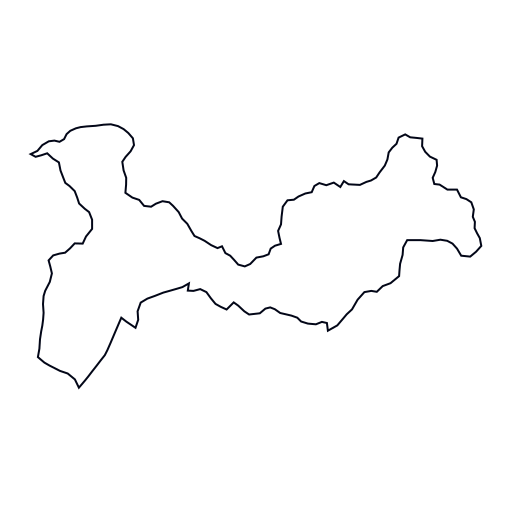 Dias d'Ávila, Bahia, Brazil (Robinson projection)
{"feature_id": "56859067B71417853193151", "entity_name": "Dias d'Ávila", "entity_type": "district", "adm_level": 2, "iso_a3": "BRA", "parent_name": "Brazil", "parent_adm1": "Bahia", "projection": "robinson", "projection_center": [-38.284, -12.606], "detail": "fine", "context": "isolated", "style": "outline", "palette": "ink", "viewbox_px": 512, "rotation_deg": 0, "n_neighbors": 0, "source": "geoboundaries", "source_scale": "gbopen_adm2", "svg_char_len": 2803}
<svg xmlns="http://www.w3.org/2000/svg" viewBox="0 0 512 512"><path d="M343.9,181.1L340.3,187.0L333.8,182.6L326.3,185.2L319.3,183.1L314.4,186.0L311.7,192.2L305.3,193.5L298.5,196.5L293.9,199.7L287.5,200.3L282.8,206.7L281.6,216.5L281.0,224.4L278.1,230.9L279.5,237.8L281.0,243.9L275.0,245.7L270.7,248.6L268.6,254.3L263.3,256.3L256.4,257.6L250.2,264.0L244.8,266.4L238.2,264.6L234.1,259.9L230.2,255.7L225.4,253.1L222.0,246.3L217.5,248.1L211.1,245.1L204.6,240.8L199.7,238.3L194.5,236.0L191.4,231.0L187.3,223.8L182.1,218.6L178.7,212.1L173.0,205.8L169.2,202.3L162.5,201.2L155.9,203.7L151.1,206.7L144.1,205.9L139.2,199.9L132.4,197.6L125.4,192.8L126.1,184.6L126.2,177.8L123.6,170.4L122.3,161.8L125.6,156.9L130.6,151.3L134.0,145.1L132.9,138.3L128.3,133.0L123.6,129.1L118.0,126.1L110.9,124.3L103.6,124.7L95.7,125.8L86.8,126.4L80.6,127.1L75.9,128.3L70.3,130.8L66.6,134.1L64.1,139.1L59.5,141.8L54.4,140.6L48.8,141.3L42.3,145.1L37.4,150.9L30.7,154.1L35.6,156.8L41.2,155.3L47.2,153.3L52.9,158.6L58.9,162.4L60.5,170.5L63.3,177.8L65.3,182.9L69.5,186.0L74.7,191.1L77.2,197.6L79.1,203.5L84.8,208.8L89.1,212.1L92.1,219.7L92.1,228.9L86.0,236.5L82.7,243.6L74.7,243.4L70.0,248.4L65.1,252.7L59.5,253.6L53.2,255.4L48.6,260.4L50.3,266.6L51.9,273.4L49.8,281.9L45.2,290.8L43.6,296.0L43.0,304.1L43.6,312.8L43.1,319.6L42.3,325.7L41.2,331.3L40.0,339.3L39.4,348.7L37.9,357.1L44.4,362.6L49.6,365.6L60.0,370.9L67.7,373.5L74.9,379.4L78.9,387.7L85.1,380.4L88.4,376.3L92.3,371.2L96.7,365.6L100.6,360.5L104.8,355.2L107.3,350.3L110.6,342.8L115.1,332.2L121.3,317.7L126.3,321.6L135.5,327.8L138.2,319.8L137.6,311.3L140.7,302.6L147.4,298.6L154.9,295.9L163.3,292.6L169.4,290.9L176.7,288.8L182.4,287.1L188.9,283.4L187.8,290.6L193.5,290.9L200.2,289.1L206.4,292.1L210.9,298.3L215.5,303.9L220.7,306.8L226.6,309.5L233.7,302.4L238.2,305.6L244.3,311.3L249.1,314.5L259.8,313.3L265.4,308.6L270.2,307.4L274.8,309.2L280.2,313.0L286.7,314.5L291.4,315.6L297.3,317.7L301.1,321.5L307.9,323.6L315.9,324.3L321.9,321.9L326.9,323.0L327.9,330.7L337.3,325.4L343.1,318.6L346.7,314.3L352.0,309.4L357.6,299.7L364.4,292.1L371.3,290.9L376.8,291.8L382.7,286.1L390.5,283.2L399.1,276.1L399.5,270.4L400.1,263.8L402.6,254.9L403.2,247.4L407.2,240.1L420.1,240.1L432.7,241.0L440.4,239.7L447.2,240.8L452.5,243.6L457.0,248.6L461.2,255.7L470.2,256.6L476.1,251.7L481.3,245.9L479.8,238.1L477.1,233.3L474.6,228.2L474.9,221.8L472.8,216.8L473.8,209.4L471.3,202.3L466.4,199.1L460.9,197.3L457.0,189.6L447.4,189.6L439.6,184.6L434.3,184.0L432.7,177.8L435.3,172.0L437.1,165.6L436.6,159.8L429.9,156.6L425.2,151.8L422.1,146.2L422.4,138.6L416.3,137.9L410.2,137.3L405.2,134.4L398.6,137.6L396.5,143.8L392.3,147.7L388.7,152.4L387.4,159.5L384.8,165.6L379.6,172.4L376.2,177.5L371.0,180.5L366.4,181.9L359.9,184.9L354.2,184.6L348.6,184.3L343.9,181.1Z" fill="none" stroke="#020617" stroke-width="2"/></svg>